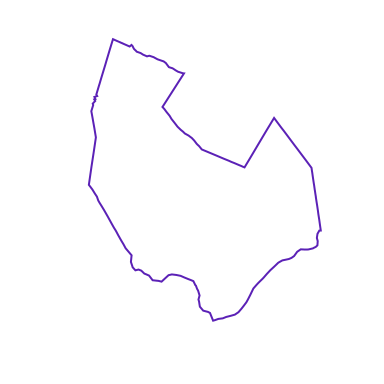 the district of Coetzala, Veracruz, Mexico, rotated 115°
{"feature_id": "50627088B57395168555845", "entity_name": "Coetzala", "entity_type": "district", "adm_level": 2, "iso_a3": "MEX", "parent_name": "Mexico", "parent_adm1": "Veracruz", "projection": "albers", "projection_center": [-96.922, 18.775], "detail": "fine", "context": "isolated", "style": "outline", "palette": "violet", "viewbox_px": 384, "rotation_deg": 115, "n_neighbors": 0, "source": "geoboundaries", "source_scale": "gbopen_adm2", "svg_char_len": 2938}
<svg xmlns="http://www.w3.org/2000/svg" viewBox="0 0 384 384"><g transform="rotate(115 192 192)"><path d="M172.5,59.0L168.7,61.5L163.3,65.0L158.7,68.1L156.0,69.8L151.0,73.1L148.5,74.8L144.3,77.6L144.2,77.6L141.4,79.5L139.1,81.0L138.1,81.7L134.4,84.1L132.2,85.6L127.5,88.7L123.5,91.3L122.8,91.8L119.6,93.9L114.9,102.6L114.0,104.3L109.9,112.0L108.4,114.8L106.3,118.8L104.8,121.6L103.3,124.4L100.6,129.4L97.6,135.0L96.8,136.6L95.5,139.1L92.1,145.4L90.2,148.9L104.9,150.5L117.8,151.8L137.0,153.7L147.5,154.8L147.6,156.5L147.6,158.4L147.7,160.2L147.8,163.2L147.9,166.0L148.1,169.2L148.1,171.6L148.4,177.4L148.6,183.3L148.8,188.5L148.9,191.1L149.3,201.1L147.4,205.0L146.7,207.2L146.3,208.2L144.4,211.8L143.1,215.1L142.8,216.7L142.3,218.9L142.0,223.2L141.1,225.7L140.4,228.5L139.6,230.8L139.3,231.7L138.9,232.8L136.6,237.2L135.8,238.8L134.5,241.4L132.4,244.5L130.4,248.6L129.5,250.3L128.6,251.9L127.4,254.7L120.0,253.7L87.9,249.4L88.3,250.6L88.3,250.9L88.9,255.5L88.6,258.7L88.5,259.0L88.1,261.9L88.6,265.7L86.4,269.8L86.2,270.1L85.6,272.9L85.8,274.5L86.2,278.3L86.3,279.4L86.1,282.6L86.0,283.7L86.2,285.4L86.5,288.1L87.1,289.0L88.1,290.1L88.1,291.0L88.2,294.4L87.8,297.3L88.2,301.4L88.1,301.7L87.6,302.7L87.4,303.5L86.8,305.1L85.9,306.3L84.9,307.5L84.3,309.0L86.5,310.0L86.9,328.2L97.6,326.7L105.1,325.6L109.8,324.9L113.0,324.4L122.9,323.0L129.1,322.1L133.0,321.5L134.6,321.3L136.6,321.0L144.1,319.9L144.3,319.6L145.1,318.5L147.1,320.6L148.6,318.8L149.4,319.7L150.4,318.2L150.7,318.3L151.0,318.4L153.9,319.3L154.9,318.3L161.3,317.4L167.8,312.8L170.1,311.2L175.5,307.4L179.9,304.4L183.1,302.2L191.1,299.8L199.2,297.4L211.2,293.9L229.1,288.5L231.8,283.4L234.5,279.3L236.4,276.2L239.3,273.4L241.0,271.0L242.6,268.5L245.6,264.0L249.7,258.2L254.6,251.5L257.4,247.6L259.0,245.1L260.3,243.3L262.5,240.4L264.2,238.0L264.5,237.6L266.4,234.9L268.2,232.2L271.1,228.3L271.4,227.6L274.4,221.1L274.9,220.0L279.8,218.3L281.2,217.8L284.7,214.5L285.3,214.0L286.9,210.2L284.9,207.7L284.7,204.7L286.1,200.7L286.0,199.4L285.9,195.6L288.2,191.2L288.6,190.4L287.4,186.8L286.7,184.8L286.1,181.7L277.3,178.1L275.2,175.4L273.8,171.1L272.8,166.9L272.7,162.7L272.5,158.6L272.3,155.8L272.2,153.1L274.1,150.7L274.8,150.0L275.2,148.9L277.6,146.5L278.8,144.8L282.6,141.4L286.7,140.7L288.3,139.3L290.7,137.7L292.6,136.4L292.7,136.2L294.8,131.7L294.4,129.5L294.3,128.9L293.9,126.8L294.0,124.6L296.5,121.9L299.7,118.5L298.4,117.0L295.9,114.5L293.5,110.7L290.8,108.2L287.7,104.4L285.0,101.3L281.3,99.1L276.7,97.8L273.2,97.0L268.9,96.1L266.0,95.9L260.9,95.7L253.5,95.6L249.0,94.3L246.8,93.6L244.3,92.7L240.9,91.4L239.4,90.9L234.5,89.5L233.0,89.0L229.6,87.9L228.2,87.3L225.0,86.0L219.8,84.0L219.0,83.5L215.8,81.2L213.7,78.4L211.8,75.9L209.7,74.0L206.9,72.4L201.7,71.4L198.0,69.2L196.5,65.5L195.0,62.4L192.0,58.6L190.6,57.6L189.6,56.7L187.4,55.8L186.0,56.3L183.4,57.3L182.2,58.3L180.9,59.4L176.9,60.6L173.2,60.3L172.5,59.0Z" fill="none" stroke="#5b21b6" stroke-width="2"/></g></svg>